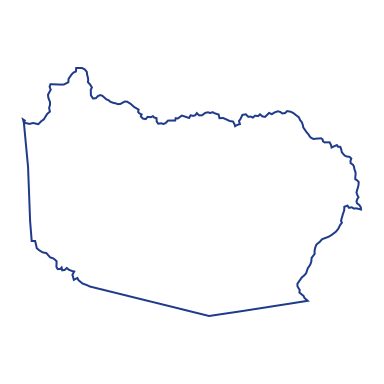 Dormentes, Pernambuco, Brazil
{"feature_id": "56859067B71625369805565", "entity_name": "Dormentes", "entity_type": "district", "adm_level": 2, "iso_a3": "BRA", "parent_name": "Brazil", "parent_adm1": "Pernambuco", "projection": "albers", "projection_center": [-40.588, -8.482], "detail": "fine", "context": "isolated", "style": "outline", "palette": "blue", "viewbox_px": 384, "rotation_deg": 0, "n_neighbors": 0, "source": "geoboundaries", "source_scale": "gbopen_adm2", "svg_char_len": 3150}
<svg xmlns="http://www.w3.org/2000/svg" viewBox="0 0 384 384"><path d="M23.9,122.9L28.1,167.5L28.4,176.3L28.5,178.6L30.1,221.0L31.7,241.0L35.1,241.0L36.2,245.3L36.7,248.1L39.1,250.2L42.5,252.3L46.4,253.1L48.3,255.3L50.2,257.4L53.3,258.4L55.2,259.9L56.6,261.3L56.4,266.8L57.7,269.1L60.2,269.0L61.6,267.5L62.2,270.3L64.6,270.0L66.8,268.0L68.8,269.7L72.3,271.1L74.2,271.5L72.4,274.8L73.0,276.6L73.8,279.8L77.4,278.0L78.5,280.2L82.5,283.5L86.9,285.1L89.8,286.5L203.9,314.7L209.1,316.0L220.3,314.3L238.7,311.6L307.7,300.8L304.4,297.9L303.6,296.0L299.4,292.5L299.7,290.0L297.5,286.4L297.4,283.8L301.9,277.3L303.7,275.9L306.1,273.3L307.8,268.2L309.6,265.7L310.5,263.9L311.3,261.6L311.6,257.9L314.7,253.8L314.5,251.3L315.1,248.0L316.4,244.6L319.8,241.8L322.1,239.2L328.5,236.8L331.4,235.1L335.9,231.7L338.3,228.8L339.9,225.4L341.9,222.7L341.0,220.8L341.7,218.3L342.9,214.1L344.2,210.3L344.3,206.8L347.5,205.6L348.9,207.8L351.8,207.3L353.9,208.6L355.8,208.3L358.4,208.8L361.0,209.5L360.8,207.3L359.4,205.1L357.1,203.4L356.5,201.3L357.2,199.2L358.5,197.3L357.4,195.2L356.5,192.6L357.1,190.0L357.8,187.9L358.5,185.0L358.7,182.0L357.2,180.4L355.3,179.3L355.3,176.9L355.6,174.5L355.5,172.3L354.4,169.1L353.9,166.4L352.9,164.7L350.6,163.1L350.5,160.8L351.3,158.5L349.4,156.8L346.7,156.5L344.6,155.5L343.1,153.8L341.8,152.2L341.2,149.3L340.3,146.9L338.0,146.7L336.9,145.1L334.3,146.2L331.6,147.5L331.0,145.0L329.6,142.3L326.8,142.3L324.5,142.4L323.0,141.3L322.6,139.4L321.0,138.3L318.9,138.5L316.6,138.6L313.6,139.0L310.9,137.7L309.5,136.1L308.3,134.1L306.7,132.4L304.9,129.8L303.2,127.3L302.9,125.3L301.9,122.3L300.1,120.1L298.8,117.2L296.3,115.4L293.6,113.2L290.6,111.7L287.1,111.1L285.1,113.1L282.2,113.4L280.2,111.9L277.9,111.3L274.6,112.4L271.8,114.2L269.1,112.9L267.0,115.0L265.0,116.9L262.4,116.4L260.0,114.3L258.2,116.1L255.0,115.7L252.9,117.6L250.9,116.6L248.3,116.8L245.8,114.3L242.4,114.9L240.3,119.3L239.0,121.0L239.9,124.1L237.5,124.8L235.1,126.2L234.5,124.2L233.0,121.5L229.9,121.1L227.2,119.8L223.1,118.0L219.5,118.2L218.6,114.5L216.6,113.9L214.4,113.2L212.7,112.2L210.1,113.0L208.0,112.3L205.2,112.9L202.0,115.3L199.0,115.3L196.8,113.1L195.4,115.2L193.2,115.9L190.6,115.3L189.1,118.0L184.8,116.5L181.8,115.6L177.8,118.5L175.7,118.2L175.2,120.5L171.4,120.5L168.0,120.6L165.6,123.1L163.4,124.0L161.2,123.3L158.2,123.7L156.7,121.5L156.5,118.1L154.3,117.6L152.9,116.2L150.9,117.2L147.6,116.9L145.7,119.1L142.9,118.6L140.8,116.4L141.6,114.4L139.5,113.5L138.1,111.9L138.6,109.6L134.0,106.9L130.7,103.9L127.0,101.6L124.6,101.6L120.5,103.9L118.0,104.2L115.9,103.4L113.1,102.8L110.2,101.7L108.7,100.3L106.3,99.3L104.5,97.7L102.5,95.9L100.5,95.1L98.0,96.0L95.9,98.2L93.0,98.5L90.9,95.3L90.8,89.6L91.9,87.5L90.1,84.5L87.9,82.1L88.2,80.3L88.0,78.0L87.1,74.7L86.8,71.9L84.8,69.4L81.9,68.0L76.2,68.0L75.9,71.5L73.6,72.5L71.8,74.2L68.6,78.8L68.3,82.3L63.9,84.5L61.2,84.6L50.5,84.2L49.6,86.7L50.7,89.7L48.0,94.7L48.3,97.6L50.0,102.1L50.0,104.9L49.1,107.9L49.9,111.6L47.3,113.8L46.0,115.8L43.8,119.4L41.5,121.0L38.3,124.2L33.2,123.0L29.5,123.9L27.0,123.3L23.9,122.9ZM23.0,119.4L23.9,122.9L24.8,120.6L23.0,119.4Z" fill="none" stroke="#1e3a8a" stroke-width="2"/></svg>